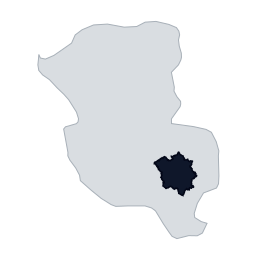 Nyamagabe, Southern, Rwanda (highlighted), rotated 273°
{"feature_id": "39286606B14277660644276", "entity_name": "Nyamagabe", "entity_type": "district", "adm_level": 2, "iso_a3": "RWA", "parent_name": "Rwanda", "parent_adm1": "Southern", "projection": "orthographic", "projection_center": [29.511, -2.4], "detail": "fine", "context": "in_parent", "style": "filled", "palette": "ink", "viewbox_px": 256, "rotation_deg": 273, "n_neighbors": 0, "source": "geoboundaries", "source_scale": "gbopen_adm2", "svg_char_len": 6262}
<svg xmlns="http://www.w3.org/2000/svg" viewBox="0 0 256 256"><g transform="rotate(273 128 128)"><path d="M97.0,69.4L100.5,69.3L123.6,63.8L125.9,65.5L129.6,76.2L131.5,77.8L134.7,78.1L141.2,75.7L153.1,67.3L158.3,62.2L164.4,55.1L172.2,47.0L176.5,40.0L180.8,35.9L186.3,34.7L192.5,35.0L196.8,35.1L193.3,36.8L192.5,41.9L196.6,50.2L209.8,67.2L218.2,70.4L223.7,77.0L229.1,88.2L230.7,102.1L228.5,118.9L229.8,131.4L234.6,139.6L235.9,150.3L233.6,163.3L230.8,171.1L227.4,173.7L223.7,174.7L218.6,173.8L212.4,174.9L205.6,177.3L201.4,177.7L198.7,177.2L193.7,175.1L185.9,168.4L171.2,172.1L167.2,172.0L161.8,175.2L157.4,179.1L154.7,179.4L152.0,178.9L139.4,170.9L134.7,171.2L132.8,193.5L130.7,206.0L128.1,211.5L119.0,216.8L109.9,219.9L104.9,219.7L84.9,221.3L77.0,221.3L72.7,219.5L67.1,206.8L56.4,201.2L46.2,198.6L42.1,199.3L38.4,205.9L36.9,211.9L27.0,207.8L24.0,202.8L23.7,194.3L20.1,182.6L22.1,177.7L26.0,174.5L34.2,168.3L46.7,159.8L49.4,155.7L51.1,149.0L50.3,133.2L49.1,119.9L50.6,115.2L56.3,104.9L64.0,94.4L72.9,83.2L78.3,82.1L85.3,77.9L92.8,71.7L97.0,69.4Z" fill="#d9dde1" stroke="#a8b0b8" stroke-width="1"/><path d="M99.0,162.5L98.8,162.1L98.9,161.8L98.5,161.6L98.4,161.7L98.2,161.7L97.8,161.4L97.6,161.1L97.7,160.9L97.6,160.7L97.4,160.7L97.5,160.6L97.1,160.3L97.3,160.1L96.8,159.9L96.9,159.4L96.7,159.4L96.3,158.9L96.0,158.7L96.0,158.4L95.8,158.3L95.7,158.3L95.7,158.1L95.8,158.1L95.6,157.9L95.6,157.6L95.4,157.5L95.3,157.2L95.4,156.9L95.2,156.8L95.0,156.3L94.8,156.2L94.5,156.3L94.2,156.2L94.1,156.7L93.9,156.6L94.0,157.0L93.9,157.2L93.7,157.2L93.7,157.4L93.9,157.5L93.6,157.5L93.5,157.4L93.3,157.6L93.2,157.4L93.0,157.8L92.6,157.9L92.5,158.1L92.2,158.2L92.2,158.4L92.0,158.5L91.8,158.6L91.8,158.8L91.6,158.8L91.6,159.0L91.3,158.9L91.2,159.2L90.9,159.1L90.7,159.4L90.8,159.8L90.6,159.7L90.4,159.7L90.3,160.2L89.9,160.0L89.8,159.9L89.6,160.1L89.4,160.2L89.4,160.3L88.9,160.5L88.7,160.7L88.7,160.8L88.4,160.6L88.1,160.6L88.0,161.0L87.7,161.3L87.8,161.5L87.7,161.6L87.4,161.8L87.2,161.8L86.8,162.3L86.5,162.4L86.4,162.6L86.1,162.7L86.1,162.9L85.9,163.3L86.1,163.5L85.8,164.0L85.7,163.8L85.5,164.1L85.3,163.9L84.6,163.9L84.3,163.5L84.0,163.7L83.8,163.7L83.7,163.9L83.4,163.9L83.2,163.9L83.3,164.1L82.9,164.1L82.5,164.4L82.4,164.2L81.7,164.1L81.0,163.8L80.9,163.6L80.3,163.4L80.0,164.1L79.7,164.2L79.4,164.2L79.0,164.7L78.6,164.4L78.4,164.5L78.1,164.8L78.0,165.0L77.9,165.2L77.6,165.3L77.5,165.6L77.3,166.0L77.1,166.0L76.9,166.2L76.8,166.4L76.8,166.6L76.6,166.7L76.2,166.8L76.4,166.6L76.1,166.1L75.9,165.9L75.3,165.9L75.0,166.2L74.6,166.0L74.2,166.2L72.5,166.0L72.3,166.2L72.1,166.1L72.1,166.4L71.7,166.7L71.5,166.8L70.8,167.6L70.4,168.6L69.9,168.7L69.6,169.1L69.7,169.4L70.0,169.6L70.2,170.0L70.4,170.5L70.2,170.9L70.3,171.2L71.0,172.0L71.4,172.1L71.4,172.6L72.0,173.0L72.1,173.4L71.9,173.6L72.0,174.0L71.5,174.3L71.4,174.5L71.4,174.8L71.2,175.2L71.2,175.3L70.7,175.5L70.7,175.9L70.3,176.4L69.9,176.3L69.7,176.6L69.7,176.8L69.3,177.5L69.7,177.8L69.8,178.3L70.1,178.2L70.3,178.4L70.3,178.6L70.4,178.8L70.3,179.1L70.5,179.4L70.3,179.8L70.4,180.0L70.1,180.1L70.2,180.6L69.9,181.1L69.3,181.0L68.9,181.1L68.7,181.4L68.4,181.5L68.1,181.3L67.7,181.3L67.3,182.0L66.4,181.9L65.3,182.1L65.2,182.4L65.2,182.8L64.8,183.4L64.5,183.7L64.4,184.5L64.0,184.7L63.8,185.2L63.7,185.4L64.1,185.7L64.0,186.0L63.6,186.4L64.1,186.5L64.9,187.0L65.0,186.9L65.2,187.2L65.4,187.1L65.6,187.3L66.2,187.2L66.5,187.6L67.3,187.8L67.5,187.6L68.1,187.6L68.3,187.9L68.5,188.2L69.0,188.4L69.2,188.7L69.4,188.8L69.8,189.1L69.8,189.5L69.9,189.8L69.7,190.2L70.0,190.2L69.9,190.3L70.0,191.1L69.7,191.3L69.8,191.5L69.4,192.1L69.4,192.4L69.6,192.4L70.2,192.2L70.5,192.5L70.9,192.5L71.1,192.4L71.6,192.6L71.7,193.0L71.5,193.4L71.4,193.5L71.4,194.1L71.2,194.3L71.2,194.5L71.4,194.6L72.2,194.5L72.4,194.7L72.2,195.1L72.4,195.4L72.1,196.1L72.3,196.5L72.6,196.6L72.8,196.4L73.4,196.2L73.9,195.8L74.0,195.6L73.9,195.4L74.0,195.0L74.1,194.9L74.1,194.2L74.3,194.2L74.7,194.1L75.3,194.1L75.5,194.2L75.6,194.4L75.9,194.5L76.3,194.4L76.5,194.4L77.1,194.0L78.0,194.1L78.0,194.3L78.3,194.5L78.9,194.6L79.5,194.3L80.5,194.8L80.7,195.8L80.9,195.8L81.1,195.9L81.1,196.6L81.4,196.8L81.7,196.5L81.9,197.0L82.7,197.1L82.7,197.3L82.8,197.8L82.7,198.0L83.0,198.5L83.6,199.0L83.9,199.1L84.4,198.9L84.5,198.4L84.4,198.0L84.6,197.7L84.8,197.8L84.9,197.6L85.1,197.8L85.4,197.6L85.7,197.6L85.8,197.7L85.9,197.9L86.0,198.0L86.2,197.7L86.5,197.6L86.7,197.4L86.8,197.4L87.0,197.5L87.3,197.3L87.3,197.1L87.2,196.9L86.9,196.5L86.6,196.1L87.1,195.7L87.3,195.7L87.5,195.6L87.9,195.7L88.0,195.1L88.2,194.8L88.6,194.6L88.6,194.4L89.3,194.3L89.3,194.2L89.7,194.1L90.1,193.8L90.5,193.8L90.7,194.0L90.8,193.9L90.8,193.4L91.2,193.1L91.4,193.3L91.6,193.2L91.9,193.0L92.1,192.8L92.2,192.4L92.3,192.3L92.4,191.9L93.1,191.8L93.1,192.3L93.9,192.7L94.1,193.0L95.0,193.5L95.9,193.2L96.3,193.5L96.8,193.5L97.0,193.7L98.2,194.1L98.4,193.8L98.3,193.3L98.4,192.5L98.5,192.3L98.4,192.0L98.1,191.8L97.9,191.3L97.7,191.2L97.7,190.9L97.8,190.7L98.1,190.7L98.3,190.1L98.6,190.0L98.9,189.8L99.7,189.2L99.9,189.2L99.9,188.9L99.4,188.5L99.1,187.9L99.1,187.7L99.2,187.2L99.2,186.7L98.9,186.4L98.9,186.1L99.1,185.8L99.5,185.5L100.1,185.9L100.6,186.0L100.8,185.9L101.0,185.3L101.2,185.1L101.9,184.9L102.6,184.5L102.7,184.3L102.9,184.4L103.1,183.7L103.9,182.4L104.0,181.7L104.6,181.1L105.2,180.8L105.5,180.8L105.8,180.5L106.1,180.1L106.4,180.1L106.5,179.6L105.8,179.3L105.6,179.3L105.3,178.9L104.3,178.8L103.9,178.7L103.9,178.4L103.3,177.4L103.4,176.9L103.3,176.5L102.8,176.4L102.8,175.9L102.6,175.9L102.8,175.6L102.6,175.3L102.6,175.1L102.4,175.0L102.1,174.5L101.9,174.1L101.7,173.2L101.9,173.0L102.0,172.8L101.5,172.8L100.9,173.4L100.8,173.7L100.7,173.7L100.6,174.0L100.1,174.4L99.6,174.6L99.4,174.5L99.3,174.2L98.9,173.9L99.0,173.4L98.8,173.2L98.7,173.2L98.6,172.9L98.4,172.8L98.0,172.3L97.6,172.0L97.8,171.4L97.7,170.8L97.5,170.6L97.5,170.3L98.0,170.2L98.2,170.3L98.3,170.2L98.5,169.4L98.4,169.4L98.5,169.3L98.4,169.2L98.5,169.2L99.0,168.9L99.0,168.7L99.4,168.2L99.6,168.2L99.9,167.9L100.7,167.4L101.3,165.8L101.0,165.5L100.9,165.4L100.6,165.4L100.4,165.2L100.4,164.9L100.1,164.8L100.2,164.7L99.9,164.6L99.9,164.3L99.8,164.0L99.7,164.0L99.8,163.8L99.7,163.8L99.8,163.8L99.6,163.5L99.6,162.9L99.4,162.6L99.0,162.5Z" fill="#0f172a" stroke="#020617" stroke-width="1.5"/></g></svg>